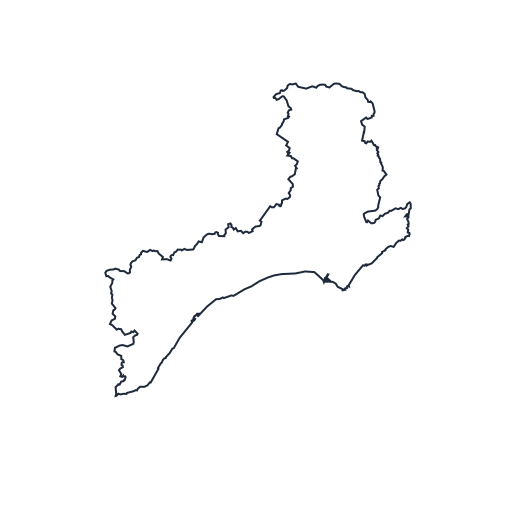 outline of Buller District, West Coast, New Zealand, rotated 215°
{"feature_id": "76426892B83106555775362", "entity_name": "Buller District", "entity_type": "district", "adm_level": 2, "iso_a3": "NZL", "parent_name": "New Zealand", "parent_adm1": "West Coast", "projection": "orthographic", "projection_center": [171.97, -41.649], "detail": "fine", "context": "isolated", "style": "outline", "palette": "slate", "viewbox_px": 512, "rotation_deg": 215, "n_neighbors": 0, "source": "geoboundaries", "source_scale": "gbopen_adm2", "svg_char_len": 6117}
<svg xmlns="http://www.w3.org/2000/svg" viewBox="0 0 512 512"><g transform="rotate(215 256 256)"><path d="M290.6,60.8L290.2,61.3L289.8,64.2L287.7,64.8L285.1,67.5L283.0,68.7L283.1,69.9L278.5,75.3L277.8,76.9L276.4,77.7L276.7,79.4L275.9,82.5L272.4,84.8L270.7,87.9L270.5,91.6L269.7,91.9L271.2,107.6L272.0,107.8L272.4,113.1L272.1,115.1L272.6,117.1L272.5,119.3L271.4,120.7L271.8,121.6L271.0,127.2L271.4,132.1L270.5,133.4L271.6,145.0L270.2,164.6L271.6,166.1L270.9,167.5L271.9,170.4L271.8,172.4L271.5,171.5L271.1,174.9L269.8,175.9L269.1,172.7L267.1,186.5L263.9,197.7L261.2,199.8L259.4,203.0L258.2,203.1L253.5,209.6L251.5,210.5L246.3,222.2L242.4,228.4L238.7,237.3L234.0,245.1L230.1,250.4L224.6,255.9L213.7,264.3L206.8,271.6L198.9,276.3L187.2,274.8L185.3,273.5L185.9,276.6L186.1,276.1L186.5,276.8L185.9,276.7L186.1,277.3L187.3,276.8L186.2,277.6L186.7,282.1L186.2,282.3L185.9,278.2L185.7,278.8L181.8,278.3L183.1,277.4L184.7,277.9L184.1,277.0L185.4,277.5L184.9,276.6L185.2,275.2L184.9,273.6L185.0,274.2L183.0,275.9L178.3,278.8L174.8,279.1L171.4,277.6L166.1,278.5L165.4,277.6L164.2,278.7L163.7,279.4L164.4,279.5L164.5,280.5L163.1,282.0L163.8,282.5L163.9,283.8L162.3,284.3L163.3,285.2L164.1,297.3L163.0,309.8L161.6,310.2L161.4,311.6L160.0,311.4L159.6,312.3L160.2,312.7L158.8,313.5L157.0,316.3L155.7,323.6L156.0,324.6L154.3,330.6L155.1,331.6L153.3,334.9L153.7,335.2L153.6,336.7L152.8,339.4L151.5,341.4L148.5,342.4L148.6,347.4L147.7,350.7L146.4,351.3L145.7,353.5L144.6,353.4L144.0,354.5L144.0,356.5L144.6,356.9L144.2,357.9L143.0,359.8L142.1,360.1L142.7,362.0L143.7,362.9L145.2,362.3L146.4,364.9L148.4,365.3L148.1,367.8L149.7,368.8L149.2,369.6L150.4,371.2L153.5,373.0L153.3,375.1L154.2,375.5L153.8,375.9L154.3,376.5L155.1,376.4L154.6,375.4L156.5,374.0L156.4,376.7L155.0,378.0L157.0,382.1L156.6,383.9L159.3,387.5L160.9,388.1L161.9,385.5L161.0,382.3L161.2,380.5L162.9,378.6L165.0,378.5L166.2,376.1L169.1,375.0L171.1,370.5L172.5,369.7L172.7,367.1L174.7,364.5L175.2,361.3L177.4,360.4L176.9,357.1L178.7,354.4L178.0,352.1L178.3,350.6L180.3,348.9L184.6,349.3L184.4,347.4L185.0,347.0L189.7,350.0L191.8,352.1L191.7,352.9L189.7,356.7L184.3,361.6L183.6,364.0L183.8,366.0L185.0,367.7L187.9,375.3L190.4,375.7L194.7,379.8L194.2,381.9L195.8,383.5L195.5,384.6L196.5,385.8L196.2,386.7L197.2,388.8L196.5,391.5L196.6,395.0L195.8,397.5L200.4,399.1L201.3,398.6L203.1,401.5L206.7,403.6L207.0,404.4L208.0,404.2L210.3,406.9L211.7,407.1L212.9,408.2L213.9,408.0L214.2,409.3L215.5,409.7L215.4,411.4L217.8,412.1L217.7,412.9L218.7,413.5L218.0,414.4L218.2,415.0L221.2,414.6L222.0,415.2L223.0,414.5L227.6,416.7L228.1,414.9L230.2,413.9L230.3,411.5L231.6,411.3L232.9,412.4L235.3,411.3L238.1,418.0L238.1,418.9L238.9,419.3L238.9,420.4L241.1,424.3L244.5,424.5L247.3,426.7L245.2,432.6L243.2,432.2L240.7,435.7L241.5,437.2L240.1,438.2L241.2,439.9L241.1,441.2L241.7,442.4L248.0,447.9L250.8,448.4L250.9,447.5L252.5,446.6L254.0,447.9L257.4,448.7L260.1,451.2L262.8,451.2L264.4,450.1L266.6,450.0L267.8,448.9L271.7,447.5L273.6,447.8L277.6,445.6L279.0,445.9L280.8,444.8L283.2,444.3L286.4,444.9L289.9,442.9L291.1,441.4L292.5,436.2L295.6,435.1L297.4,435.9L299.6,434.8L302.0,432.7L303.2,430.0L303.1,428.5L307.2,427.3L310.9,421.9L318.5,418.8L322.4,420.1L324.5,417.5L326.8,416.4L327.4,415.2L327.8,413.6L326.8,411.4L327.7,407.8L328.6,406.6L329.8,406.7L330.6,405.8L329.9,403.1L332.3,400.3L332.8,396.3L332.1,395.7L330.9,396.6L328.6,395.8L327.4,397.7L326.1,401.8L324.8,402.7L320.1,401.0L315.2,397.2L312.4,397.1L311.1,396.2L312.6,394.1L312.2,391.6L310.9,391.1L310.0,388.8L308.9,389.1L308.8,387.7L311.4,384.0L310.6,382.2L310.5,379.3L309.9,378.5L310.1,374.7L310.8,373.6L308.9,367.7L295.3,367.9L294.7,363.9L290.3,363.7L289.6,361.9L289.8,360.0L287.7,359.9L287.8,359.0L289.3,358.7L287.8,357.8L287.9,356.3L284.7,357.9L282.6,356.7L281.5,357.5L276.1,357.5L275.2,354.9L275.7,352.3L273.0,351.2L273.5,350.5L271.1,345.2L272.3,341.8L273.3,340.7L273.6,337.5L267.1,336.0L265.5,333.9L266.4,331.5L265.3,329.8L265.3,326.4L262.7,325.2L262.1,323.5L263.0,320.7L264.6,320.1L266.6,316.5L265.1,314.3L265.1,312.9L264.3,311.7L264.6,310.7L265.5,310.4L266.7,311.2L269.1,310.2L269.3,306.2L270.9,305.0L272.9,304.9L273.1,287.2L271.2,287.2L269.9,283.9L270.4,282.4L273.3,279.9L274.5,275.6L273.0,274.4L275.0,270.8L276.9,270.9L278.8,269.7L279.6,267.3L282.8,268.0L285.1,265.7L288.6,267.3L289.3,264.9L291.3,265.9L292.8,265.6L293.9,267.4L295.6,268.0L297.0,266.1L294.9,263.8L296.1,260.2L293.8,257.4L294.0,254.8L293.3,254.0L297.9,251.1L299.8,252.1L300.5,253.2L302.3,252.8L302.8,251.9L302.6,250.4L304.4,248.7L307.2,247.4L308.4,245.9L309.6,241.4L308.3,236.2L311.3,235.1L311.2,231.5L311.7,229.8L311.1,225.4L316.1,221.3L318.8,220.7L320.0,218.0L321.2,218.1L323.8,216.3L324.0,213.6L324.9,212.1L324.4,209.2L325.7,208.2L325.9,207.0L325.6,206.1L323.8,205.5L323.4,203.3L327.2,202.3L331.0,199.3L331.7,201.8L337.1,202.2L339.5,203.5L341.3,202.1L342.8,201.9L343.6,200.7L346.2,200.3L347.5,196.8L351.6,195.4L352.0,192.7L351.2,191.4L351.9,189.9L351.2,188.1L352.5,186.3L352.3,183.4L354.1,180.7L354.4,178.7L353.8,176.7L352.1,175.8L351.4,172.2L349.8,170.3L350.2,169.0L351.2,168.1L355.3,168.0L358.7,165.7L360.6,166.2L364.1,164.9L364.9,163.3L367.6,161.2L369.9,158.2L369.9,155.9L367.0,153.6L365.4,154.9L364.0,154.5L359.5,155.0L359.5,153.3L358.3,151.6L357.7,147.2L354.1,144.5L353.2,142.2L351.5,142.0L350.2,139.3L348.1,137.4L346.8,134.3L341.2,132.7L340.9,131.6L341.7,129.6L340.3,126.4L336.6,125.8L335.6,123.6L337.3,120.4L336.6,116.4L334.2,116.9L327.8,115.8L327.1,117.4L324.4,118.7L322.3,117.4L318.2,116.2L314.6,121.0L314.8,122.7L312.8,123.2L312.7,125.3L308.4,124.4L308.2,123.3L309.5,121.4L310.0,119.0L306.7,115.3L306.1,113.7L309.4,108.2L314.1,106.6L316.2,104.6L318.9,99.9L317.2,96.6L316.0,97.0L312.9,96.0L309.1,96.9L307.2,94.3L305.3,94.5L304.0,93.8L303.4,93.1L304.5,92.2L304.6,91.1L303.6,89.6L302.4,89.7L301.3,88.6L302.7,85.7L302.7,83.8L298.8,82.2L298.1,79.6L296.5,80.1L296.2,81.9L295.5,81.2L294.1,82.4L293.3,81.9L292.4,79.0L293.0,78.4L292.7,77.6L294.4,75.8L294.0,73.1L294.8,72.3L294.3,72.1L295.4,70.6L295.8,68.0L291.6,63.1L290.6,60.8ZM269.8,170.5L270.5,167.3L270.3,166.0L269.7,168.0L269.8,170.5Z" fill="none" stroke="#1e293b" stroke-width="2"/></g></svg>